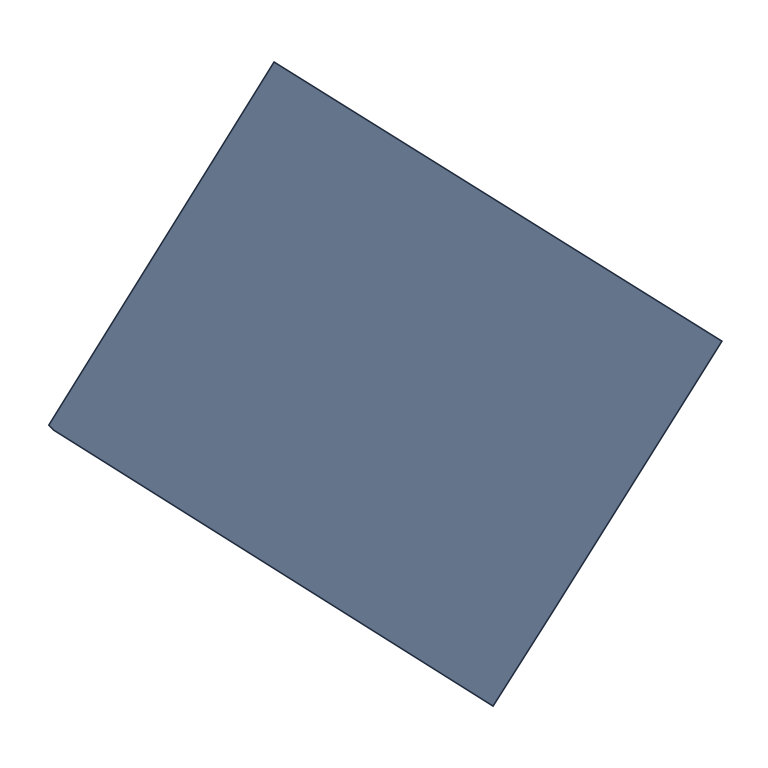 outline of Pratt, Kansas, United States of America, rotated 212°
{"feature_id": "52423323B94351819827308", "entity_name": "Pratt", "entity_type": "district", "adm_level": 2, "iso_a3": "USA", "parent_name": "United States of America", "parent_adm1": "Kansas", "projection": "orthographic", "projection_center": [-98.709, 37.648], "detail": "fine", "context": "isolated", "style": "filled", "palette": "slate", "viewbox_px": 768, "rotation_deg": 212, "n_neighbors": 0, "source": "geoboundaries", "source_scale": "gbopen_adm2", "svg_char_len": 279}
<svg xmlns="http://www.w3.org/2000/svg" viewBox="0 0 768 768"><g transform="rotate(212 384 384)"><path d="M120.2,280.7L120.1,599.4L647.9,598.8L647.5,493.3L646.9,281.3L646.5,171.5L639.5,169.8L120.8,168.6L120.2,280.7Z" fill="#64748b" stroke="#1e293b" stroke-width="1.5"/></g></svg>